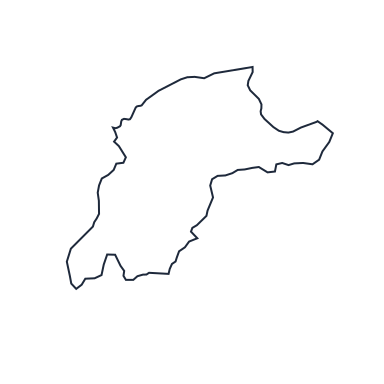 the Province of Kyustendil, rotated 117°
{"feature_id": "BGR-2252", "entity_name": "Kyustendil", "entity_type": "Province", "adm_level": 1, "iso_a3": "BGR", "parent_name": "Bulgaria", "parent_adm1": "", "projection": "mercator", "projection_center": [22.877, 42.321], "detail": "fine", "context": "isolated", "style": "outline", "palette": "slate", "viewbox_px": 384, "rotation_deg": 117, "n_neighbors": 0, "source": "natural_earth", "source_scale": "10m", "svg_char_len": 1583}
<svg xmlns="http://www.w3.org/2000/svg" viewBox="0 0 384 384"><g transform="rotate(117 192 192)"><path d="M53.1,194.8L57.6,192.4L67.4,192.2L71.6,190.8L75.0,186.3L78.7,174.7L82.4,169.9L85.9,168.2L88.9,167.5L91.5,165.7L94.0,160.6L97.2,149.0L98.0,142.4L97.1,137.6L95.3,133.1L92.3,129.4L85.1,124.2L72.9,112.8L71.9,112.3L72.8,106.0L75.7,93.2L85.1,92.4L96.6,94.2L105.5,93.4L112.6,97.2L115.7,106.2L120.1,113.9L124.2,118.2L125.2,124.8L129.1,129.4L136.1,127.4L140.2,133.6L139.4,143.8L143.2,149.3L148.0,155.3L151.6,161.3L156.9,164.6L162.1,169.8L166.0,176.5L171.5,179.9L178.0,178.7L187.3,170.8L201.5,169.7L206.7,168.3L219.4,172.6L223.8,175.4L227.8,174.9L230.8,166.3L237.5,172.1L244.5,173.2L250.7,176.6L257.3,175.8L261.4,175.1L265.2,177.2L270.7,176.9L275.6,175.7L283.5,193.6L286.2,195.1L287.9,198.2L291.8,202.4L296.9,204.4L300.3,211.0L297.8,215.0L293.1,216.6L290.2,222.2L282.8,232.0L286.2,239.2L296.7,237.7L307.1,234.9L313.1,239.6L317.7,247.7L324.7,248.2L330.9,251.2L328.4,258.0L322.4,262.6L310.9,271.9L297.5,274.2L267.8,264.6L263.3,265.4L258.8,264.9L253.7,264.9L242.1,271.0L235.4,275.7L228.3,277.8L220.9,278.5L214.8,274.4L207.9,271.8L201.1,272.3L197.1,266.4L191.1,266.7L184.3,278.0L182.5,284.3L177.5,283.5L173.5,287.6L170.5,291.6L170.0,289.3L168.7,287.8L166.1,286.0L164.8,285.9L161.2,287.1L159.5,287.2L157.7,285.8L156.9,283.6L156.3,281.5L155.3,280.3L152.9,280.0L142.2,280.5L140.7,279.9L139.6,278.6L138.7,277.2L137.7,276.2L130.7,274.8L119.3,268.9L117.1,267.8L96.7,253.1L91.8,248.2L91.1,246.9L88.2,241.9L85.1,232.8L76.2,226.1L53.1,194.8Z" fill="none" stroke="#1e293b" stroke-width="2"/></g></svg>